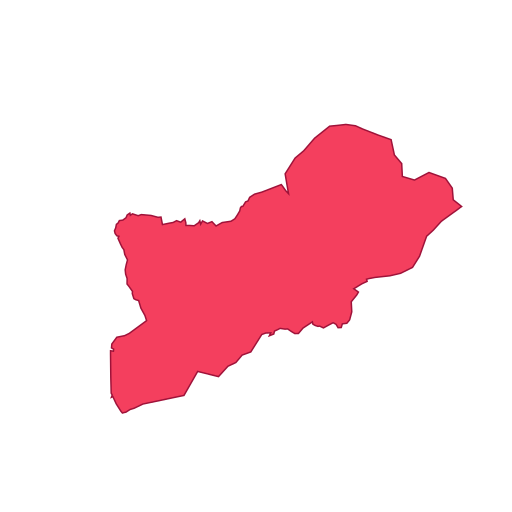 the district of Sia, Larnaca, Cyprus, rotated 55°
{"feature_id": "46923920B35097133451695", "entity_name": "Sia", "entity_type": "district", "adm_level": 2, "iso_a3": "CYP", "parent_name": "Cyprus", "parent_adm1": "Larnaca", "projection": "robinson", "projection_center": [33.386, 34.919], "detail": "fine", "context": "isolated", "style": "filled", "palette": "rose", "viewbox_px": 512, "rotation_deg": 55, "n_neighbors": 0, "source": "geoboundaries", "source_scale": "gbopen_adm2", "svg_char_len": 2409}
<svg xmlns="http://www.w3.org/2000/svg" viewBox="0 0 512 512"><g transform="rotate(55 256 256)"><path d="M333.4,59.3L333.4,59.2L332.7,59.4L332.2,59.5L323.1,62.2L313.0,56.3L312.4,56.3L301.1,56.3L286.8,66.4L284.7,82.6L274.8,90.5L263.8,83.6L263.3,83.7L252.5,84.7L252.4,84.6L238.2,78.6L226.7,86.8L213.0,95.9L206.4,99.8L199.8,106.9L195.9,114.1L191.9,121.2L193.1,140.4L197.2,156.6L198.2,167.8L205.4,185.0L214.0,189.1L223.6,193.6L219.6,194.2L214.3,194.2L212.0,194.3L207.0,214.6L204.5,221.7L204.3,227.5L206.3,231.0L205.7,233.5L206.7,235.8L207.8,238.3L207.1,239.5L207.6,241.1L209.8,243.5L211.7,247.7L213.4,252.0L213.2,256.5L209.2,264.5L208.5,271.5L202.6,272.4L201.5,277.1L196.6,279.7L198.2,283.1L194.9,281.8L195.8,283.9L195.8,289.3L192.8,293.0L190.8,295.9L188.5,294.4L184.7,293.0L185.1,298.3L181.5,300.8L181.0,304.7L179.4,308.1L176.6,314.6L169.6,311.5L168.1,314.1L162.6,318.7L156.3,326.2L155.4,329.4L150.6,333.0L150.6,335.6L148.5,334.7L148.5,338.0L150.1,340.5L150.2,344.6L148.6,347.6L149.9,350.1L150.0,352.2L152.5,354.8L154.2,357.5L156.8,358.5L159.7,358.4L161.2,357.0L162.3,358.9L168.4,360.1L172.2,360.7L175.0,360.6L179.4,362.6L185.5,363.5L188.6,367.2L192.3,371.1L196.1,373.2L200.5,374.5L205.0,377.7L208.0,377.5L214.2,377.5L215.8,378.9L220.9,380.5L222.8,379.6L225.2,377.7L232.7,380.2L241.0,381.1L246.2,382.7L246.7,404.2L245.9,409.3L242.7,416.6L245.4,424.6L248.4,427.1L250.6,426.0L252.2,427.4L250.2,429.5L252.6,431.2L271.9,444.4L285.3,453.3L287.4,453.5L288.8,455.5L289.1,453.9L296.9,455.3L305.7,455.7L308.0,455.5L308.9,453.0L309.2,452.5L309.3,452.3L309.5,447.2L310.8,443.2L312.4,433.5L325.4,403.1L328.9,395.0L317.1,370.0L333.3,355.9L330.2,342.2L331.7,333.6L329.2,324.2L331.6,315.3L323.6,296.3L324.7,292.2L327.4,288.0L329.0,290.8L330.1,286.2L328.1,283.9L328.7,280.7L329.1,277.8L332.6,274.1L333.9,271.9L338.2,270.3L341.8,268.7L343.8,265.7L342.0,258.8L342.3,247.6L344.5,248.5L346.8,247.4L349.2,245.6L349.9,244.1L353.6,242.0L354.3,235.4L354.9,231.1L357.9,229.6L361.8,229.9L363.5,227.2L361.1,224.2L363.2,220.2L362.2,216.5L361.9,215.8L356.7,209.6L348.1,204.2L345.7,195.8L344.3,192.8L338.9,194.7L339.5,185.2L340.5,179.5L338.4,178.8L339.1,176.9L339.2,176.6L341.8,170.8L349.0,157.7L353.1,147.5L355.1,134.3L350.0,122.2L340.5,108.9L337.6,104.8L337.5,103.4L336.7,97.4L336.5,95.9L334.2,85.8L333.9,84.4L333.8,82.1L333.6,69.4L333.6,67.0L333.5,63.1L333.4,61.5L333.4,59.3Z" fill="#f43f5e" stroke="#9f1239" stroke-width="1.5"/></g></svg>